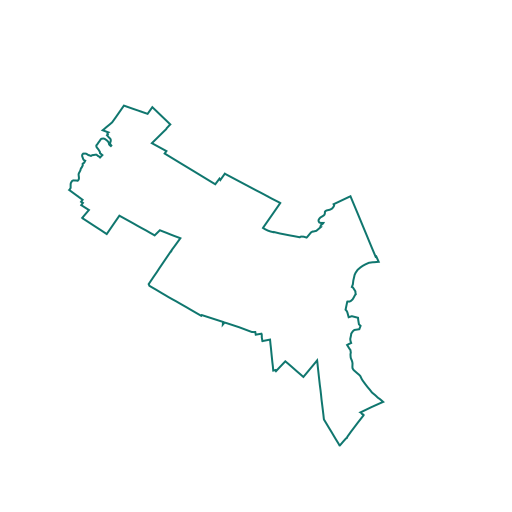 the district of Mircea Voda, Braila, Romania, rotated 141°
{"feature_id": "2599482B59099327438734", "entity_name": "Mircea Voda", "entity_type": "district", "adm_level": 2, "iso_a3": "ROU", "parent_name": "Romania", "parent_adm1": "Braila", "projection": "equal_earth", "projection_center": [27.401, 45.112], "detail": "fine", "context": "isolated", "style": "outline", "palette": "teal", "viewbox_px": 512, "rotation_deg": 141, "n_neighbors": 0, "source": "geoboundaries", "source_scale": "gbopen_adm2", "svg_char_len": 5899}
<svg xmlns="http://www.w3.org/2000/svg" viewBox="0 0 512 512"><g transform="rotate(141 256 256)"><path d="M145.0,243.0L149.9,244.2L158.2,246.2L163.1,247.4L163.3,246.4L163.6,246.0L164.7,245.5L165.9,245.2L167.0,245.0L168.2,245.2L169.5,245.5L170.7,246.1L172.3,246.9L173.6,247.2L174.6,247.0L175.3,246.2L176.0,245.5L176.9,245.0L178.0,244.9L179.7,245.1L181.6,245.4L183.1,245.2L184.5,244.7L185.0,244.3L185.5,243.5L185.7,242.2L184.9,241.0L182.8,239.3L183.3,239.1L186.2,239.1L187.8,238.1L187.5,237.7L193.3,237.6L196.2,239.0L196.6,239.4L198.4,239.7L204.5,238.5L205.1,238.5L206.8,241.0L208.7,242.7L209.0,242.8L209.6,243.0L210.2,243.0L211.6,244.7L214.9,248.6L215.2,248.9L217.0,251.0L221.1,255.9L223.3,258.5L227.0,263.4L227.3,263.3L229.3,265.9L230.8,268.3L232.1,271.1L232.9,273.4L232.4,273.6L216.8,278.1L205.5,281.4L203.8,281.9L203.9,282.3L207.7,290.8L211.4,299.7L212.9,303.2L214.6,307.0L216.6,311.7L228.3,339.2L228.4,339.6L235.9,337.5L235.7,339.1L242.5,337.4L243.9,341.2L251.3,361.9L256.5,376.3L262.5,393.1L259.6,393.9L265.9,409.2L257.7,410.0L249.6,410.8L246.0,411.1L245.0,411.5L241.6,412.0L239.8,412.2L240.3,416.3L242.9,436.9L245.4,436.2L250.8,434.7L258.9,447.7L264.0,456.0L277.5,452.1L283.7,450.4L287.1,450.3L291.5,450.3L294.0,450.2L296.0,450.2L292.9,444.9L293.0,444.9L293.4,445.0L293.8,444.9L294.2,444.8L294.4,444.6L294.6,444.4L294.7,444.2L294.7,443.7L295.8,443.6L295.7,441.1L295.6,440.0L295.5,439.4L295.5,438.8L295.5,438.5L295.6,438.1L295.8,437.8L296.0,437.4L296.6,436.7L298.2,435.7L298.9,434.8L298.9,433.9L298.9,433.7L298.9,432.9L299.6,432.8L299.9,434.1L299.9,434.7L299.9,435.1L299.8,435.4L299.6,435.7L299.4,436.1L299.2,436.8L299.0,437.6L299.0,438.1L299.0,438.5L299.1,439.1L299.2,440.0L299.5,440.9L299.7,441.8L300.0,442.4L300.3,442.9L300.6,443.3L301.0,443.6L301.8,444.0L302.2,444.3L302.7,444.4L303.1,444.4L305.1,443.8L306.2,443.5L306.8,443.4L308.0,443.0L309.0,442.7L309.4,442.6L310.2,442.5L310.5,442.4L310.9,441.9L311.2,441.4L311.3,441.0L311.4,440.7L311.4,440.3L311.4,440.0L311.4,439.3L311.4,438.2L311.5,437.2L311.7,435.9L311.7,435.5L311.8,435.2L312.0,434.8L312.3,434.5L312.5,434.2L311.9,431.1L315.2,430.7L315.4,432.1L315.6,432.8L315.8,433.0L315.9,433.3L315.9,433.6L316.0,434.1L316.2,434.9L316.3,435.2L316.5,435.4L316.8,435.6L317.3,435.9L318.5,436.6L318.8,436.7L318.9,436.8L319.4,437.2L320.1,437.5L320.3,437.5L320.5,437.5L320.9,437.5L321.1,437.6L321.4,437.9L321.6,438.0L321.9,438.7L322.2,439.3L322.4,439.5L322.6,439.6L322.8,440.0L323.2,441.3L323.5,442.1L323.8,442.6L324.3,443.1L325.0,443.6L325.8,444.3L326.7,444.2L327.1,444.1L327.7,443.7L328.2,443.1L328.3,442.9L329.3,440.0L329.4,439.4L329.3,438.6L328.8,437.5L330.9,436.6L331.9,436.8L332.8,436.7L333.2,436.0L333.8,435.3L334.4,435.1L335.0,434.9L335.4,434.6L335.8,434.4L336.5,434.4L337.1,434.1L337.5,433.9L337.9,433.6L338.5,433.1L339.6,432.6L340.3,432.3L341.5,431.8L342.1,431.4L342.4,431.2L342.9,430.5L343.3,429.9L344.1,428.6L344.7,427.8L345.4,427.2L346.3,426.8L347.2,426.7L347.4,426.8L348.0,427.6L350.4,429.7L351.0,429.9L351.7,430.0L352.5,429.8L353.0,429.6L353.8,429.3L354.5,428.8L355.0,428.3L357.2,425.6L359.3,424.8L359.6,424.8L355.4,408.8L357.8,408.2L357.1,406.2L359.8,405.5L356.9,396.9L367.0,395.0L366.8,394.4L367.0,394.3L366.9,393.8L366.8,393.7L366.6,393.1L362.7,381.0L360.2,373.4L358.2,367.0L345.7,370.7L336.8,373.3L332.1,361.7L330.5,357.7L329.2,354.3L327.2,349.4L325.3,344.9L323.8,340.9L322.4,337.4L321.8,335.8L314.5,336.5L312.7,333.3L310.8,330.0L309.0,326.7L307.0,323.2L303.8,317.8L303.6,317.4L313.7,314.7L316.9,313.9L318.9,313.3L318.8,313.1L319.4,312.9L319.6,313.1L338.5,307.4L343.1,305.9L348.6,304.3L352.5,303.1L356.4,301.9L357.1,301.7L357.6,299.9L356.3,296.4L354.9,292.8L352.5,286.2L351.1,282.5L349.9,279.2L348.1,274.7L346.6,271.1L345.2,267.4L343.8,263.8L342.3,260.0L341.0,256.5L339.4,252.3L338.1,248.9L336.2,244.0L335.3,244.2L327.8,232.7L323.1,225.5L324.9,223.6L322.3,224.1L320.8,221.9L313.9,211.2L307.1,199.6L305.5,198.2L304.4,197.4L305.7,195.0L304.6,194.4L300.7,192.2L300.9,191.5L301.7,190.4L302.2,189.7L302.5,189.5L304.6,185.8L304.5,185.7L303.9,185.5L297.7,182.2L300.2,178.4L302.5,174.8L306.0,169.5L310.1,163.2L312.3,159.7L314.7,156.1L312.6,155.1L312.9,154.5L313.0,154.3L313.0,153.9L308.7,154.5L304.8,155.0L299.5,155.7L298.8,152.2L298.0,147.7L296.8,140.6L296.0,136.3L295.3,132.2L290.1,133.2L285.7,134.1L281.1,135.0L276.6,135.9L274.2,136.4L274.8,135.4L277.3,131.6L282.0,124.3L284.5,120.4L287.5,115.7L290.5,110.8L292.8,107.2L295.3,103.4L298.1,98.9L300.4,95.2L303.6,90.1L305.8,86.7L306.1,86.1L306.8,81.0L307.4,76.8L308.1,71.5L308.7,67.5L309.3,63.3L309.9,58.6L310.3,56.2L310.0,56.0L305.1,56.9L300.8,57.6L299.8,57.4L299.6,57.5L298.9,58.0L292.0,59.9L291.9,59.9L281.4,62.5L272.6,64.5L272.4,64.7L272.4,64.9L272.4,65.3L272.5,65.5L272.8,65.9L272.9,66.1L273.0,66.4L273.0,68.2L273.2,68.7L269.0,67.7L260.9,65.8L251.9,63.4L249.0,62.6L249.2,63.8L249.5,65.5L249.8,67.0L250.4,68.9L250.6,70.1L250.7,71.1L251.0,73.1L251.3,74.5L251.8,77.0L251.7,80.2L251.8,83.7L251.7,87.9L251.5,92.1L251.2,94.2L250.5,97.0L250.6,98.7L251.1,101.2L251.9,105.9L251.7,107.8L251.0,109.0L249.7,110.5L248.5,111.9L247.7,113.4L247.1,115.1L246.7,116.6L246.2,117.7L245.0,119.4L244.4,120.2L243.1,121.3L241.8,123.5L241.7,125.4L241.2,129.5L239.4,129.2L236.8,128.5L236.0,130.6L235.0,132.2L231.9,134.7L230.9,135.7L229.4,136.2L227.8,136.6L226.1,136.6L221.8,134.1L218.7,135.9L219.0,138.1L218.9,138.3L216.9,141.8L215.6,143.8L219.4,148.9L222.5,150.1L220.4,154.9L220.1,156.4L220.2,157.9L214.9,162.2L213.9,163.0L213.6,163.1L212.1,161.8L210.8,161.4L209.9,161.4L208.3,161.5L207.9,161.6L206.0,162.3L203.7,163.3L202.5,163.5L202.0,164.6L201.0,166.0L200.5,170.4L201.0,171.6L198.6,173.0L195.8,175.7L193.1,177.8L191.2,179.3L189.1,180.3L185.7,181.3L182.1,181.4L179.3,181.2L176.5,180.7L172.6,179.7L169.4,177.8L167.8,176.6L164.3,174.3L162.8,180.0L163.5,180.1L160.9,189.1L159.1,195.2L157.0,202.2L154.0,212.4L151.8,219.8L149.9,226.2L149.3,228.3L145.0,243.0Z" fill="none" stroke="#0f766e" stroke-width="2"/></g></svg>